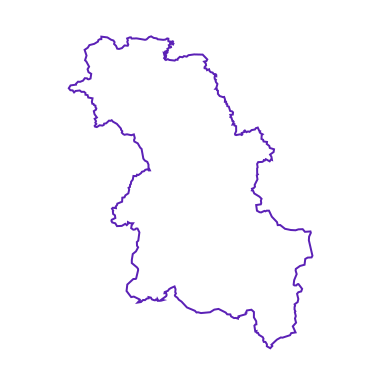 outline of Befandriana Nord, Sofia, Madagascar, rotated 266°
{"feature_id": "10022922B32579750162608", "entity_name": "Befandriana Nord", "entity_type": "district", "adm_level": 2, "iso_a3": "MDG", "parent_name": "Madagascar", "parent_adm1": "Sofia", "projection": "albers", "projection_center": [48.822, -15.151], "detail": "fine", "context": "isolated", "style": "outline", "palette": "violet", "viewbox_px": 384, "rotation_deg": 266, "n_neighbors": 0, "source": "geoboundaries", "source_scale": "gbopen_adm2", "svg_char_len": 6012}
<svg xmlns="http://www.w3.org/2000/svg" viewBox="0 0 384 384"><g transform="rotate(266 192 192)"><path d="M353.3,112.4L350.8,112.2L350.8,110.5L350.0,109.1L348.6,108.7L346.6,104.8L345.7,99.9L343.2,98.1L341.3,94.8L335.4,96.3L330.9,94.5L329.5,95.7L324.2,98.1L321.8,96.4L318.8,97.1L316.9,99.7L312.3,98.7L311.6,96.9L311.9,95.8L312.7,95.2L313.0,93.0L310.7,91.1L309.7,88.0L310.0,86.0L308.0,83.8L307.2,83.8L306.8,78.3L304.1,76.3L302.0,77.8L301.7,80.0L299.6,81.3L300.9,82.9L301.1,87.1L299.6,88.7L299.5,91.3L298.2,92.6L296.5,92.5L295.9,94.6L293.5,95.1L292.4,99.3L289.0,98.4L287.0,98.7L286.7,99.9L285.5,100.4L284.9,101.7L283.0,101.7L282.1,102.4L280.9,102.0L279.5,99.7L276.4,100.2L273.0,102.3L271.8,100.0L269.4,101.2L267.9,100.4L266.6,101.3L264.7,99.5L263.9,99.9L263.4,101.6L265.0,104.5L264.5,107.3L265.0,108.6L266.3,109.1L266.5,111.2L269.0,114.2L268.7,115.6L269.2,116.9L267.7,118.0L265.2,121.8L260.3,125.5L259.0,125.6L257.5,126.7L256.1,126.1L254.5,127.5L253.8,128.6L254.1,131.2L252.9,135.4L253.5,138.0L249.8,138.7L247.9,137.8L246.4,138.0L244.3,141.3L239.9,143.4L238.5,144.7L228.6,145.8L226.6,147.2L225.2,149.5L222.4,150.5L219.5,150.3L216.5,151.5L216.5,150.4L217.8,149.3L217.4,147.0L216.1,145.6L215.7,143.5L214.3,142.4L212.7,139.8L213.1,138.3L211.7,137.6L212.1,134.7L208.5,133.8L206.5,132.0L204.1,131.5L203.5,130.7L201.4,130.5L200.6,129.0L198.8,129.5L195.1,128.4L193.3,125.3L191.4,124.3L191.2,122.1L187.2,121.6L185.6,116.7L184.1,116.2L182.8,114.9L181.2,115.0L181.8,112.0L181.0,111.0L178.8,112.1L178.1,111.7L175.6,111.8L174.1,113.5L171.4,113.7L169.9,110.0L168.8,109.6L167.2,110.3L166.1,113.3L163.2,114.8L163.1,119.6L164.9,123.2L163.5,124.6L164.6,125.8L166.4,126.0L165.1,128.1L164.9,131.0L162.8,129.4L160.2,128.8L158.5,130.8L158.6,132.5L159.5,133.8L159.3,135.1L155.4,136.7L147.2,135.0L145.9,133.5L142.2,133.4L140.6,134.4L136.7,132.0L134.3,128.6L128.3,127.2L125.3,127.0L120.6,131.9L119.1,132.8L117.8,132.8L109.8,130.3L109.2,129.8L109.3,127.4L104.2,121.0L97.8,119.8L91.4,124.0L91.7,126.7L88.5,132.2L87.9,132.6L85.5,130.1L85.8,133.4L87.7,135.7L87.4,137.5L88.8,139.4L89.0,141.3L90.2,141.3L89.5,143.6L87.7,144.5L86.9,146.2L86.5,147.5L87.3,148.6L86.4,149.6L87.7,150.0L85.8,150.9L85.7,153.3L86.2,155.8L86.8,154.0L89.9,159.0L91.1,159.5L93.1,159.1L93.0,157.5L94.1,157.8L95.1,161.1L96.6,162.3L97.7,164.3L99.0,168.0L96.2,168.8L93.2,168.3L92.0,168.9L90.2,167.7L89.2,168.0L87.6,170.0L85.5,171.3L83.4,173.9L77.2,178.9L73.3,186.6L71.5,188.1L71.6,189.6L70.6,192.5L70.8,201.7L73.1,206.0L73.5,210.3L69.4,217.2L67.5,218.6L67.2,221.7L65.2,222.3L63.3,225.1L63.3,227.0L62.5,229.0L63.6,229.1L63.9,230.1L64.8,229.9L66.3,237.0L67.4,237.0L67.7,237.9L68.5,237.7L70.0,238.5L70.4,243.1L68.0,245.4L62.6,245.0L58.7,247.0L55.5,247.0L55.4,246.0L54.3,244.9L48.6,245.4L48.8,246.6L47.7,246.3L47.0,246.9L46.9,248.0L44.9,248.8L42.2,252.5L40.6,253.1L39.3,252.6L37.5,253.1L37.3,254.8L34.9,256.1L32.9,255.9L30.7,259.2L32.8,261.4L34.1,260.6L38.8,266.4L40.7,270.4L40.4,272.2L42.3,279.8L44.3,281.1L44.7,285.5L51.0,283.2L54.4,286.7L58.6,285.9L61.0,286.9L65.0,286.2L65.7,286.8L67.6,286.1L70.2,286.3L71.3,286.9L72.8,286.5L74.8,289.7L77.9,290.6L83.1,289.7L84.6,291.1L85.2,294.0L87.7,295.1L92.7,291.8L92.7,290.9L91.5,289.4L91.7,287.6L92.4,286.9L97.0,287.8L102.8,290.7L106.3,289.9L108.0,290.2L110.7,294.6L111.6,299.2L117.3,300.3L118.5,302.8L118.4,306.7L120.0,307.7L135.7,305.2L139.3,305.7L143.0,307.7L144.4,307.4L144.4,301.9L147.2,299.8L147.3,295.6L146.6,292.6L147.2,287.9L148.8,282.2L152.9,277.7L153.0,275.2L156.0,274.7L161.8,269.9L168.0,267.5L168.2,265.2L167.6,263.9L168.1,262.9L166.8,259.5L167.2,257.9L168.8,255.5L174.5,255.1L174.9,259.8L176.2,260.3L178.6,260.1L180.4,260.9L182.7,258.9L186.2,254.0L189.1,253.0L189.4,251.9L190.3,252.4L191.1,252.1L191.6,253.8L192.9,255.2L194.7,255.0L200.1,258.2L204.2,257.8L205.0,258.9L205.8,258.3L211.0,258.6L212.0,259.2L215.4,258.9L217.2,260.1L217.1,264.0L217.8,265.6L218.8,265.9L218.5,267.0L219.6,267.9L217.2,271.6L219.0,273.1L218.5,274.0L221.6,273.7L223.9,272.5L226.2,276.2L228.9,276.8L230.5,272.7L232.6,272.3L234.7,269.9L236.7,270.3L237.4,266.9L239.1,266.6L240.1,265.0L243.9,265.5L244.6,266.5L246.0,264.3L247.1,263.7L247.9,264.2L248.4,263.3L251.7,262.1L251.2,260.1L250.0,259.2L249.6,255.8L248.0,253.6L248.5,252.1L247.9,250.5L249.7,249.0L249.4,248.4L248.3,248.5L247.4,245.8L245.9,246.2L245.4,245.6L246.2,244.1L245.7,240.0L246.1,239.1L246.9,238.9L249.6,240.3L254.6,240.6L255.4,239.0L256.7,239.0L256.5,237.2L259.0,238.5L260.0,237.9L260.0,237.3L263.2,236.6L264.1,235.5L265.0,236.2L266.3,235.7L266.4,238.1L268.6,238.5L269.6,237.6L270.2,235.7L274.6,234.7L275.2,233.2L277.2,233.2L277.5,232.4L279.7,232.3L279.7,231.1L282.0,231.4L284.6,230.7L284.5,229.5L285.8,226.3L288.1,224.7L291.3,224.9L291.9,224.0L293.2,223.9L293.3,222.7L294.3,223.6L298.0,224.9L299.7,223.7L301.4,223.2L302.2,223.7L303.2,222.6L304.7,222.5L306.3,222.9L305.8,224.3L307.0,224.4L307.9,223.8L308.2,221.8L309.7,220.9L310.2,219.2L311.2,218.1L313.2,217.6L312.5,215.5L314.1,215.0L314.6,213.2L315.6,213.2L317.4,214.9L319.2,214.7L321.2,213.2L321.6,215.5L323.2,216.5L328.3,212.2L329.1,203.7L328.7,198.0L327.4,196.2L328.1,193.5L327.1,192.0L327.7,189.3L325.9,187.1L324.9,186.8L325.1,185.0L324.3,184.0L325.3,178.6L326.2,177.2L325.5,175.2L327.5,173.5L328.7,174.3L327.1,174.3L327.9,175.3L330.0,175.7L330.3,174.0L332.7,173.6L331.8,175.5L332.9,177.3L333.4,177.3L333.4,175.5L334.0,175.1L334.9,177.8L336.6,177.5L336.9,178.6L338.0,179.2L337.6,180.5L337.9,181.2L338.5,181.1L338.3,180.4L339.0,179.5L340.1,179.1L341.5,181.9L340.5,183.4L341.3,183.8L341.9,182.6L343.2,183.6L343.7,183.3L343.5,182.6L342.2,181.9L341.9,180.5L343.6,180.8L344.0,179.0L344.6,178.9L347.4,179.2L346.7,178.8L346.9,177.9L345.9,176.1L345.8,173.9L346.8,168.3L347.7,167.6L348.4,164.5L350.1,162.1L349.5,159.9L347.4,157.3L347.1,155.8L349.1,147.5L349.3,142.4L350.5,141.9L350.6,140.9L349.7,138.0L347.8,138.6L346.3,137.9L343.4,138.7L342.4,138.1L342.9,134.9L340.4,132.1L339.8,129.2L340.2,127.4L343.1,126.4L345.1,124.6L346.9,125.2L348.6,124.2L349.6,121.8L352.1,118.4L353.3,112.4Z" fill="none" stroke="#5b21b6" stroke-width="2"/></g></svg>